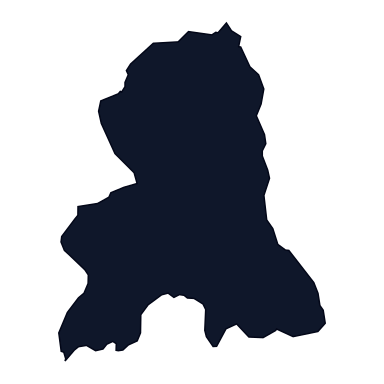 outline of Coyah, Coyah, Guinea
{"feature_id": "49546643B61702032280321", "entity_name": "Coyah", "entity_type": "district", "adm_level": 2, "iso_a3": "GIN", "parent_name": "Guinea", "parent_adm1": "Coyah", "projection": "natural_earth1", "projection_center": [-13.337, 9.751], "detail": "fine", "context": "isolated", "style": "filled", "palette": "ink", "viewbox_px": 384, "rotation_deg": 0, "n_neighbors": 0, "source": "geoboundaries", "source_scale": "gbopen_adm2", "svg_char_len": 1392}
<svg xmlns="http://www.w3.org/2000/svg" viewBox="0 0 384 384"><path d="M65.0,361.0L74.3,350.1L78.5,346.7L86.5,345.4L95.6,350.7L103.0,349.0L106.8,344.2L112.8,341.4L116.3,343.7L116.1,350.3L118.3,350.7L122.9,350.0L128.4,344.9L137.2,340.9L140.5,332.9L140.8,314.7L148.1,304.8L161.6,294.8L168.1,293.1L173.9,297.4L179.4,294.6L184.1,295.3L187.4,298.0L194.0,298.4L203.0,304.0L205.7,309.5L204.8,330.4L206.4,336.7L213.1,346.5L216.6,346.3L226.0,328.8L236.6,323.9L248.9,337.0L263.1,337.6L275.6,330.5L276.6,329.0L293.1,336.6L317.9,331.5L325.2,323.3L325.2,323.1L323.2,310.2L319.9,305.5L318.0,293.3L313.8,282.6L288.8,250.4L285.5,250.1L277.8,244.4L272.8,228.6L266.7,219.9L263.9,195.4L269.5,178.3L267.7,170.1L262.3,156.0L262.3,150.8L265.8,143.7L264.5,134.6L256.3,115.8L261.1,104.0L263.8,89.0L258.6,74.8L249.9,66.8L240.7,47.0L238.6,46.7L240.7,36.6L231.5,30.8L226.4,23.0L218.0,32.8L215.8,32.3L211.9,34.9L188.5,31.6L178.1,41.9L153.3,43.3L130.6,64.0L126.4,70.6L128.3,74.7L125.0,82.4L125.0,86.7L121.6,92.1L120.3,91.4L118.3,93.8L100.8,100.9L98.6,111.2L101.3,123.4L115.0,153.6L134.1,172.7L137.1,183.5L124.0,187.3L110.9,192.7L108.9,197.2L97.6,203.5L78.0,206.6L77.9,215.3L75.1,218.7L61.7,236.5L61.1,241.6L61.0,241.9L64.4,250.4L68.8,254.4L84.9,269.8L88.3,274.9L88.1,283.5L84.0,293.2L78.5,297.8L67.4,312.4L58.8,332.9L61.2,351.3L63.8,352.2L65.7,358.8L65.0,361.0Z" fill="#0f172a" stroke="#020617" stroke-width="1.5"/></svg>